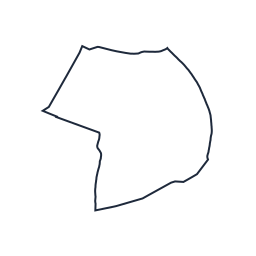 Al Jubah, Ma'rib, Yemen, rotated 20°
{"feature_id": "15242507B63276008506059", "entity_name": "Al Jubah", "entity_type": "district", "adm_level": 2, "iso_a3": "YEM", "parent_name": "Yemen", "parent_adm1": "Ma'rib", "projection": "mercator", "projection_center": [45.32, 15.139], "detail": "fine", "context": "isolated", "style": "outline", "palette": "slate", "viewbox_px": 256, "rotation_deg": 20, "n_neighbors": 0, "source": "geoboundaries", "source_scale": "gbopen_adm2", "svg_char_len": 3094}
<svg xmlns="http://www.w3.org/2000/svg" viewBox="0 0 256 256"><g transform="rotate(20 128 128)"><path d="M42.0,141.0L48.2,141.3L57.1,141.6L56.9,142.2L102.5,142.2L103.1,143.0L103.6,143.9L103.9,144.9L104.1,145.9L104.4,147.0L104.6,148.0L104.7,149.0L104.7,149.4L104.7,150.0L104.7,151.0L104.8,152.1L104.9,153.2L105.0,154.2L105.1,155.2L105.5,156.1L106.1,157.0L106.8,157.6L107.7,158.1L108.6,158.7L109.4,159.3L109.7,159.6L110.2,160.0L111.1,160.8L111.6,161.6L112.0,162.6L112.3,163.6L112.5,164.7L112.8,165.7L112.9,166.9L112.9,167.9L112.9,168.9L113.2,169.8L113.5,170.8L113.8,172.0L113.9,173.0L114.1,174.0L114.2,175.1L114.2,176.1L114.3,177.2L114.4,178.3L114.5,179.5L114.6,180.5L114.8,181.5L114.9,182.6L115.1,183.8L115.2,184.8L115.5,186.0L115.8,187.0L116.0,188.2L116.3,189.3L116.5,190.4L116.7,191.4L116.8,191.7L116.9,192.3L117.2,193.3L117.5,194.2L117.8,195.3L118.0,196.3L118.3,197.3L118.6,198.3L119.0,199.3L119.4,200.2L119.8,201.1L120.2,202.0L120.3,202.2L120.6,202.9L121.0,203.6L122.1,207.8L122.5,208.6L123.0,209.6L123.4,210.2L125.5,216.6L141.3,206.9L143.5,205.5L165.8,189.2L170.2,184.1L187.2,164.6L190.5,162.1L198.6,159.7L198.9,159.3L202.0,155.7L205.2,151.9L208.6,147.8L211.5,138.4L214.0,130.3L213.7,129.9L213.0,129.1L212.5,128.2L212.1,127.2L212.0,126.2L211.9,125.1L211.9,123.9L211.8,122.8L211.5,121.6L211.4,120.6L211.2,119.6L211.0,118.6L210.9,117.6L210.7,116.6L210.5,115.6L210.2,114.5L210.0,113.2L209.8,112.2L209.7,111.2L209.4,110.2L209.1,109.1L208.9,108.1L208.7,107.1L208.6,106.0L208.5,104.9L208.3,104.0L208.0,102.9L207.6,101.7L207.2,100.7L206.7,99.6L206.3,98.7L205.9,97.7L205.4,96.8L205.0,95.8L204.5,94.7L204.0,93.7L203.5,92.5L203.0,91.5L202.4,90.3L201.8,89.1L201.3,88.0L200.7,87.1L200.0,86.1L199.4,85.3L198.6,84.1L197.7,83.0L196.9,82.0L196.1,81.2L195.5,80.5L194.8,79.7L194.1,79.0L193.4,78.3L192.7,77.4L191.8,76.5L191.0,75.5L190.5,75.0L190.1,74.4L189.1,73.5L188.5,72.8L187.7,72.0L187.0,71.3L186.4,70.5L185.6,69.7L184.9,69.0L184.2,68.3L183.4,67.4L182.5,66.4L181.7,65.5L180.8,64.7L179.9,63.9L178.9,63.1L178.1,62.3L177.5,61.8L177.2,61.5L176.4,60.9L175.6,60.4L174.4,59.5L173.4,58.8L172.6,58.1L171.7,57.5L170.9,56.9L169.7,56.0L168.9,55.4L168.0,54.9L167.2,54.3L166.1,53.6L165.3,53.0L164.4,52.5L163.2,51.9L162.0,51.2L161.2,50.7L160.3,50.2L159.3,49.6L158.3,49.1L157.3,48.6L156.2,48.1L155.3,47.7L154.1,47.3L153.1,46.8L151.9,46.3L151.0,45.8L150.0,45.3L149.1,44.9L147.9,44.4L146.9,44.0L146.1,43.6L144.8,43.0L143.8,42.5L142.9,42.1L141.9,41.7L140.9,41.2L140.1,40.8L139.2,40.4L138.2,39.9L137.6,39.4L137.1,40.3L136.4,41.1L135.6,41.9L134.9,42.5L134.1,43.2L133.4,43.9L132.6,44.6L131.8,45.1L130.8,45.7L129.9,46.1L128.9,46.5L128.0,46.9L127.0,47.3L126.0,47.6L124.9,48.0L123.9,48.3L122.9,48.7L121.8,49.1L120.8,49.4L119.9,49.7L119.0,50.0L118.0,50.3L116.9,50.7L116.1,51.2L115.4,51.6L115.0,51.9L114.1,52.6L113.4,53.3L112.7,54.0L112.3,54.4L111.2,54.9L108.4,56.1L104.8,57.3L99.9,58.3L91.2,59.8L86.0,60.5L82.1,60.9L76.0,61.5L73.0,61.8L71.6,62.2L70.3,63.2L64.9,67.4L58.2,66.8L57.0,66.7L56.7,73.8L54.9,84.9L52.2,101.5L52.0,102.5L49.7,116.2L47.8,127.1L46.4,135.3L42.0,141.0Z" fill="none" stroke="#1e293b" stroke-width="2"/></g></svg>